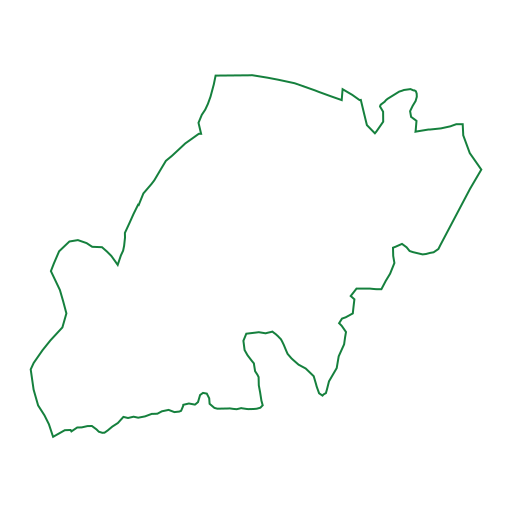 Markz Al Idwa, Al Minya, Egypt
{"feature_id": "37247803B26025252880900", "entity_name": "Markz Al Idwa", "entity_type": "district", "adm_level": 2, "iso_a3": "EGY", "parent_name": "Egypt", "parent_adm1": "Al Minya", "projection": "robinson", "projection_center": [30.744, 28.697], "detail": "fine", "context": "isolated", "style": "outline", "palette": "green", "viewbox_px": 512, "rotation_deg": 0, "n_neighbors": 0, "source": "geoboundaries", "source_scale": "gbopen_adm2", "svg_char_len": 3248}
<svg xmlns="http://www.w3.org/2000/svg" viewBox="0 0 512 512"><path d="M252.2,75.2L248.6,75.3L215.6,75.6L213.8,84.4L210.5,96.7L207.9,103.9L205.2,109.7L201.8,114.8L198.5,122.8L201.1,133.8L198.8,133.8L185.3,143.4L172.1,155.7L165.9,160.8L161.1,168.8L154.3,180.3L151.4,184.1L143.4,193.4L138.7,205.0L138.1,204.7L133.6,213.8L129.3,223.4L124.9,232.9L125.0,237.6L124.1,245.9L123.1,250.7L120.9,255.4L117.7,264.9L115.4,261.6L111.3,255.9L107.0,251.6L102.0,247.2L92.2,246.8L86.6,243.1L77.9,240.1L69.4,241.5L59.1,251.3L53.9,263.4L50.9,271.1L59.9,290.0L63.2,301.4L66.4,313.4L62.4,327.4L50.4,340.4L42.6,350.1L33.7,362.9L30.7,369.4L33.6,389.6L38.1,405.4L44.5,415.4L48.9,424.2L52.6,435.4L53.1,436.8L64.8,430.2L70.6,430.0L71.4,431.4L77.2,427.5L81.7,427.4L87.4,426.1L91.9,426.0L96.5,429.4L98.8,431.7L102.3,432.8L104.5,432.7L107.9,430.3L108.7,429.6L112.3,426.6L117.9,423.0L123.4,416.9L128.0,418.0L133.6,416.7L138.2,417.7L145.0,416.4L151.7,413.9L155.4,413.8L157.4,413.7L161.9,411.3L168.6,409.9L174.4,412.1L178.0,411.7L178.8,411.7L179.9,411.3L181.1,410.8L183.1,406.1L183.3,404.8L188.9,403.5L194.9,404.6L195.5,404.2L198.0,402.1L200.1,395.0L203.0,392.9L206.8,393.6L209.2,398.3L209.6,403.8L214.4,407.9L217.4,408.7L227.6,408.5L229.8,408.4L233.3,408.9L236.7,409.2L240.1,408.4L241.2,408.1L242.1,408.3L246.9,409.0L248.2,409.1L249.1,409.1L253.6,409.0L255.9,408.8L256.8,408.7L260.4,407.7L261.6,406.4L262.7,405.3L261.4,400.6L260.1,392.3L258.8,385.3L258.6,377.1L257.4,374.7L255.1,371.2L254.1,365.0L253.9,363.4L251.6,360.6L248.1,356.0L247.5,355.2L244.6,350.1L243.4,340.8L246.3,333.7L255.6,332.6L258.8,332.2L265.6,333.3L267.9,332.7L271.0,332.0L272.4,331.6L273.5,332.5L275.8,334.2L278.2,336.4L279.1,337.4L280.8,339.1L281.4,340.1L282.1,341.4L283.7,344.7L284.0,345.4L286.1,350.5L287.6,353.9L291.4,358.3L292.9,359.7L298.6,364.7L299.8,365.3L301.4,366.2L305.7,368.5L310.7,373.3L313.7,376.2L316.0,384.0L316.6,386.3L317.3,388.3L319.1,393.3L322.5,395.6L323.6,394.4L325.9,393.1L326.9,389.6L329.0,381.3L336.7,368.1L338.7,356.3L343.8,345.0L344.1,344.3L345.1,337.2L346.0,332.0L342.4,326.8L341.6,325.7L339.1,323.2L342.0,318.6L345.7,317.3L352.8,313.4L353.3,308.7L354.4,299.3L350.7,296.0L353.8,292.1L356.5,288.6L362.1,288.6L367.8,288.6L370.0,288.6L371.8,288.8L375.1,289.1L376.9,289.2L381.4,289.2L385.8,280.8L390.1,273.7L394.4,263.0L393.2,255.9L393.0,247.7L395.7,246.7L396.3,246.4L402.0,243.9L406.6,247.3L409.6,251.0L412.9,252.1L415.8,252.8L422.6,254.4L426.0,254.0L430.1,252.9L433.6,252.3L438.4,249.0L440.3,245.2L470.1,188.7L481.3,169.6L470.4,154.0L469.8,153.2L463.2,135.2L463.2,134.2L462.7,124.2L457.2,124.2L456.3,124.2L452.6,125.5L450.5,126.3L440.9,128.4L430.3,129.5L428.6,129.5L416.5,131.5L415.5,131.7L415.7,130.2L416.5,120.9L415.5,120.1L411.1,116.9L410.1,111.2L410.5,110.3L412.7,105.8L415.6,101.0L416.8,96.8L416.7,93.7L415.9,91.3L414.5,90.4L413.5,90.4L410.5,89.1L403.9,90.0L402.1,90.7L399.2,91.6L393.4,95.2L387.6,98.8L385.8,100.3L384.7,101.7L380.7,104.7L380.3,105.6L380.0,106.3L380.3,107.0L383.1,111.7L383.2,121.7L376.4,131.5L374.9,133.3L374.2,132.6L366.9,125.1L364.3,114.5L360.8,99.9L359.6,100.1L352.3,94.9L342.6,89.2L341.7,100.1L340.9,99.8L331.2,96.4L318.8,91.9L315.0,90.4L296.0,83.7L294.5,83.2L284.7,81.1L278.1,79.7L267.6,77.7L252.2,75.2Z" fill="none" stroke="#15803d" stroke-width="2"/></svg>